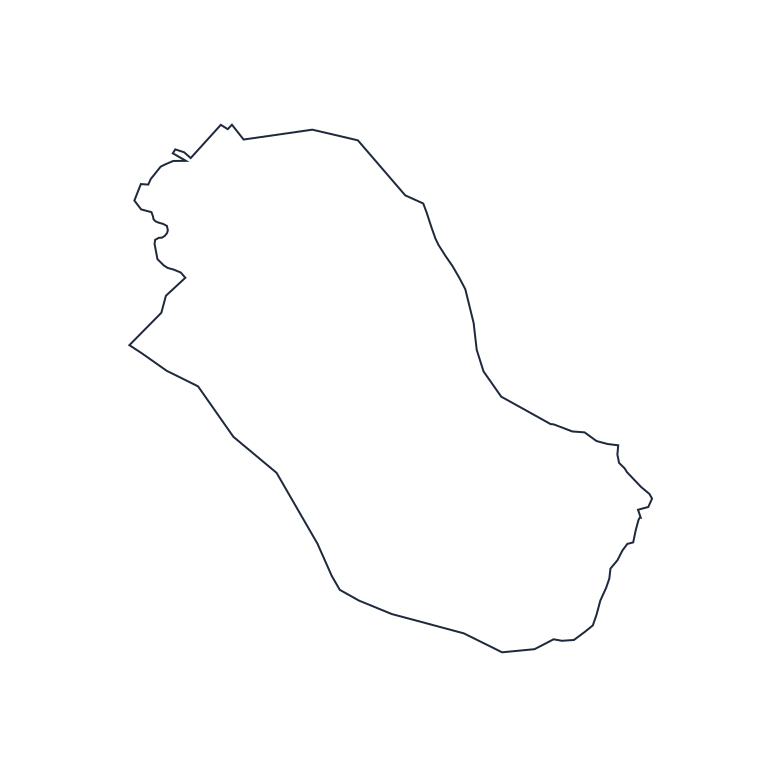 Penampang, Sabah, Malaysia, rotated 15°
{"feature_id": "92858781B3711047407086", "entity_name": "Penampang", "entity_type": "district", "adm_level": 2, "iso_a3": "MYS", "parent_name": "Malaysia", "parent_adm1": "Sabah", "projection": "mercator", "projection_center": [116.197, 5.858], "detail": "fine", "context": "isolated", "style": "outline", "palette": "slate", "viewbox_px": 768, "rotation_deg": 15, "n_neighbors": 0, "source": "geoboundaries", "source_scale": "gbopen_adm2", "svg_char_len": 1459}
<svg xmlns="http://www.w3.org/2000/svg" viewBox="0 0 768 768"><g transform="rotate(15 384 384)"><path d="M567.5,612.6L598.0,601.2L613.9,586.7L622.3,586.0L633.7,582.1L642.1,571.5L648.2,563.1L649.0,551.7L649.0,537.2L651.3,523.5L652.0,513.6L650.5,503.7L655.1,493.8L657.4,483.1L660.4,475.5L665.7,472.5L665.0,460.3L665.0,449.6L665.7,446.6L666.5,446.6L661.9,439.7L671.1,434.4L672.6,425.3L668.8,421.5L658.9,416.9L641.4,406.2L638.3,403.2L631.5,399.4L627.7,391.8L626.1,382.6L615.5,384.1L604.0,384.1L590.3,378.8L578.2,381.1L558.6,379.1L557.4,379.2L555.3,379.6L500.5,365.9L476.9,346.1L464.7,327.0L454.8,301.9L438.0,271.4L429.6,262.3L419.7,252.4L409.8,244.0L400.7,235.6L396.1,230.3L389.3,220.4L380.9,207.5L375.2,199.5L355.7,196.3L295.7,155.4L248.9,156.9L185.1,184.2L170.0,172.9L167.1,178.3L159.3,175.9L138.8,215.8L131.0,211.9L121.7,211.4L120.3,215.8L134.9,219.7L122.7,223.1L116.4,228.0L112.0,231.9L105.6,246.5L104.7,252.4L97.4,253.8L95.4,271.4L104.2,278.2L109.5,278.2L114.9,278.2L117.3,281.6L118.8,284.6L121.2,286.0L124.7,286.5L129.0,286.5L133.4,287.5L135.4,291.4L135.4,294.3L133.9,297.7L131.5,300.2L128.6,301.1L125.6,304.1L126.1,308.0L132.9,322.1L140.7,326.5L145.1,327.9L151.0,327.9L158.8,328.9L164.6,332.8L150.5,355.2L150.5,372.8L128.0,412.4L141.8,416.9L170.7,427.5L205.0,434.4L252.2,474.0L303.2,497.6L319.2,513.6L361.1,555.5L383.2,582.9L394.6,594.3L415.9,599.7L451.0,604.2L499.7,604.2L525.6,604.2L567.5,612.6Z" fill="none" stroke="#1e293b" stroke-width="2"/></g></svg>